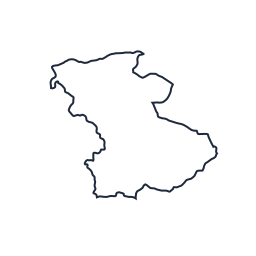 Dong Van, Hà Giang, Vietnam, rotated 290°
{"feature_id": "81297802B35887218353447", "entity_name": "Dong Van", "entity_type": "district", "adm_level": 2, "iso_a3": "VNM", "parent_name": "Vietnam", "parent_adm1": "Hà Giang", "projection": "robinson", "projection_center": [105.266, 23.242], "detail": "fine", "context": "isolated", "style": "outline", "palette": "slate", "viewbox_px": 256, "rotation_deg": 290, "n_neighbors": 0, "source": "geoboundaries", "source_scale": "gbopen_adm2", "svg_char_len": 5820}
<svg xmlns="http://www.w3.org/2000/svg" viewBox="0 0 256 256"><g transform="rotate(290 128 128)"><path d="M189.2,84.4L188.4,83.7L187.4,83.1L186.2,82.1L184.9,81.0L184.3,80.4L184.1,80.1L183.5,78.1L183.0,77.3L182.5,76.8L182.1,76.5L181.1,75.4L180.5,74.4L179.5,72.5L179.0,71.4L178.7,70.8L177.8,69.7L175.9,67.8L174.9,66.3L174.6,65.4L174.3,64.9L174.2,64.0L174.1,63.1L174.1,62.1L174.1,61.5L174.1,61.1L174.0,60.8L173.3,59.5L173.3,59.2L173.9,55.2L173.9,54.1L173.8,53.2L173.5,52.2L173.2,51.2L172.2,49.4L171.7,48.7L170.4,47.8L169.4,46.7L168.8,46.1L167.5,45.3L167.0,44.9L165.0,42.8L163.9,41.6L163.2,40.9L162.9,40.5L162.1,38.7L161.5,37.7L161.0,36.8L160.4,36.2L160.0,35.9L159.6,35.7L159.2,35.8L158.7,36.0L158.2,36.5L157.6,37.2L156.9,38.0L156.6,38.5L155.2,40.1L154.5,40.9L153.8,41.5L153.2,41.9L152.8,42.1L152.1,42.3L151.4,42.3L150.8,42.0L150.1,41.6L149.4,40.9L148.6,40.2L148.0,39.9L147.2,39.6L146.2,39.5L145.3,39.5L144.3,39.7L143.2,40.1L141.7,41.0L140.4,41.5L139.6,41.9L139.2,42.0L139.2,42.3L139.3,43.1L140.0,44.3L140.6,44.9L141.4,45.4L142.2,45.4L143.7,44.8L144.5,44.4L145.2,44.3L146.2,44.5L147.1,45.0L147.6,45.7L147.7,46.2L147.5,46.6L146.8,46.9L146.5,47.0L146.4,47.2L146.3,47.6L146.2,49.0L145.8,50.2L145.3,51.6L144.5,53.0L143.8,54.4L142.9,55.3L142.2,55.7L141.1,56.1L140.8,56.4L140.5,56.8L140.3,57.4L140.3,58.7L140.2,59.9L139.5,62.1L138.9,63.8L138.6,65.4L138.4,66.0L138.0,66.4L137.1,66.8L136.1,66.9L135.2,67.2L133.8,67.7L132.8,67.8L131.7,67.5L130.5,66.9L129.0,66.4L126.4,66.1L124.7,66.2L124.1,66.5L123.4,67.3L122.0,69.8L121.1,71.3L120.7,72.4L120.7,73.0L122.5,75.4L123.1,76.3L123.2,77.1L123.2,78.4L123.5,79.1L124.1,79.5L124.5,80.0L124.8,80.5L124.9,81.1L124.9,82.2L124.7,83.2L124.5,83.9L123.9,84.6L123.3,85.2L121.8,86.0L121.1,86.5L120.8,86.9L120.6,87.6L120.4,88.9L120.7,92.2L120.7,92.8L120.4,93.8L119.8,95.1L119.1,96.8L118.5,97.8L117.4,98.6L116.5,99.0L115.7,99.1L114.8,99.3L114.1,99.5L113.6,99.8L113.2,100.1L112.9,100.5L112.8,101.0L112.7,101.4L112.6,103.0L112.4,103.6L112.0,104.1L110.3,104.7L109.6,105.1L109.3,105.4L109.1,105.7L109.1,106.2L109.0,107.7L109.0,108.5L108.5,109.2L107.8,110.0L107.1,110.6L106.1,111.0L103.7,111.6L101.5,112.8L101.1,113.1L100.7,113.3L100.0,113.3L99.7,113.1L99.3,112.4L99.0,111.5L98.9,110.9L98.7,110.4L98.4,110.1L98.0,110.0L97.3,110.1L96.4,110.0L95.9,109.9L95.3,109.7L94.9,109.4L94.5,109.1L94.2,108.8L93.9,108.3L93.7,107.9L93.5,105.9L93.3,104.9L93.1,104.6L92.7,104.2L92.4,104.2L91.5,104.4L88.4,105.5L86.5,106.4L85.9,106.5L85.5,106.5L85.3,106.4L85.2,106.2L85.2,105.8L85.3,104.9L85.1,104.3L85.0,103.8L84.6,103.1L84.3,102.4L84.2,101.5L84.0,100.9L83.8,100.6L83.2,100.1L82.8,99.9L81.7,99.6L80.7,99.5L80.0,99.5L79.7,99.6L79.5,99.8L79.2,100.1L79.3,100.6L79.8,101.8L79.8,102.3L79.6,102.5L79.2,102.8L78.7,102.9L78.0,102.9L77.7,103.0L77.3,103.2L77.0,103.4L76.8,103.8L76.3,105.5L75.5,107.3L74.7,108.5L73.7,109.5L72.3,110.4L71.7,111.1L71.4,111.7L70.9,112.8L70.3,113.5L69.2,113.9L68.4,114.1L67.6,114.6L66.5,115.4L65.9,115.6L65.2,115.8L63.0,116.1L62.2,116.4L61.2,117.1L60.2,118.0L59.9,118.1L59.2,118.3L58.4,118.1L56.5,117.7L55.8,117.7L55.4,117.7L55.1,117.8L54.9,118.0L54.9,119.9L54.8,120.2L54.7,120.5L54.4,121.1L53.5,121.8L52.2,122.5L53.5,124.0L54.0,124.7L54.5,126.3L55.0,128.6L55.9,131.5L58.0,134.6L58.4,135.6L59.1,137.9L59.4,139.0L60.1,139.7L60.5,139.8L62.5,139.5L63.3,139.8L64.0,140.6L64.6,141.7L64.8,145.2L64.8,146.0L64.8,146.3L64.6,146.5L63.4,147.1L63.1,147.5L63.0,147.9L63.1,149.3L63.6,152.7L64.0,153.5L64.5,155.1L64.7,156.2L64.8,157.1L64.4,159.4L65.7,158.8L69.3,158.0L70.7,158.1L72.0,158.5L73.8,160.2L75.3,161.3L76.1,161.7L76.5,162.0L77.6,162.3L79.1,162.4L80.4,163.1L80.9,163.5L80.9,164.0L80.7,165.4L80.0,167.2L79.6,168.5L79.4,169.0L79.3,169.8L79.4,170.4L80.3,173.5L80.1,175.8L80.5,179.6L80.7,181.2L81.6,183.4L82.3,185.7L82.3,187.8L82.3,188.5L82.5,189.0L82.8,189.2L85.7,190.9L86.2,191.1L87.4,191.1L87.9,191.2L88.1,191.3L88.9,194.1L92.2,197.9L94.4,199.0L96.6,199.9L98.6,200.5L99.8,201.5L100.8,203.0L102.0,204.7L104.6,206.3L106.0,206.9L109.3,207.2L111.0,207.5L111.3,207.8L111.7,208.3L112.6,210.2L113.1,211.8L113.4,212.3L113.6,212.6L114.6,212.7L115.8,212.8L118.3,212.5L120.6,212.7L121.3,212.9L121.8,213.2L122.8,214.1L126.5,216.6L127.5,217.2L128.3,218.2L129.5,219.2L130.6,219.9L131.5,220.1L132.0,220.1L133.5,220.0L134.4,220.2L134.5,220.3L135.7,219.0L136.5,218.7L139.2,218.0L139.6,217.7L139.9,217.4L140.1,216.7L140.2,216.1L140.3,215.5L140.1,215.0L139.9,214.8L139.6,214.6L139.9,214.3L142.5,211.4L146.8,207.1L149.4,205.1L149.4,204.7L149.1,203.2L148.2,200.9L146.5,196.6L146.4,196.0L146.7,195.4L148.9,193.5L148.6,192.5L148.1,191.1L147.9,189.1L147.9,188.2L148.4,186.3L149.2,183.3L149.8,180.1L150.0,178.3L150.0,177.5L149.8,175.5L149.4,172.7L149.3,170.9L149.0,163.8L149.5,161.5L149.5,160.1L149.3,158.6L148.9,157.2L148.8,156.1L148.7,153.3L148.9,152.6L149.2,152.3L150.1,151.6L151.6,150.9L151.9,150.7L153.2,148.9L159.3,143.4L160.1,142.3L162.1,146.9L162.4,148.5L163.6,151.1L164.8,152.5L166.1,153.2L166.7,153.7L167.7,154.2L168.5,154.6L170.0,155.0L172.2,155.4L174.5,155.6L176.9,155.6L180.0,155.0L182.5,155.1L184.0,155.3L184.3,155.2L184.9,153.6L186.7,146.1L187.5,142.8L187.7,138.4L188.2,136.6L188.3,135.7L188.3,135.2L186.7,130.6L185.8,129.6L181.6,126.1L180.3,124.7L180.2,124.1L180.5,121.0L181.4,118.4L181.9,116.0L182.1,113.9L183.1,113.5L184.7,112.7L185.2,112.7L185.9,113.0L187.2,113.8L187.9,114.3L189.3,114.7L190.6,114.9L191.4,115.0L192.5,114.7L193.7,114.2L195.7,113.3L196.5,113.1L197.8,113.0L198.6,113.1L199.2,113.2L200.0,113.5L200.6,114.0L201.6,115.6L201.9,116.2L202.5,116.9L203.2,117.9L203.1,117.2L203.1,116.4L203.3,115.6L203.7,114.5L203.8,113.6L203.8,113.0L203.5,111.5L203.2,110.6L202.6,109.6L201.4,108.6L200.4,107.4L199.9,106.5L199.8,104.8L199.7,104.0L199.0,102.6L198.6,101.2L197.9,99.5L196.5,97.0L195.6,94.9L194.5,92.2L194.1,91.0L192.8,89.1L192.2,87.8L191.1,86.3L189.2,84.4Z" fill="none" stroke="#1e293b" stroke-width="2"/></g></svg>